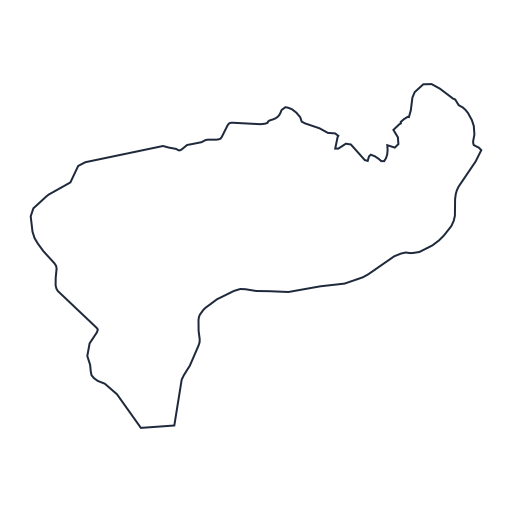 the border of Boaco
{"feature_id": "NIC-668", "entity_name": "Boaco", "entity_type": "Department", "adm_level": 1, "iso_a3": "NIC", "parent_name": "Nicaragua", "parent_adm1": "", "projection": "mercator", "projection_center": [-85.423, 12.417], "detail": "fine", "context": "isolated", "style": "outline", "palette": "slate", "viewbox_px": 512, "rotation_deg": 0, "n_neighbors": 0, "source": "natural_earth", "source_scale": "10m", "svg_char_len": 2108}
<svg xmlns="http://www.w3.org/2000/svg" viewBox="0 0 512 512"><path d="M285.4,107.2L288.0,107.7L291.9,109.2L296.4,112.7L300.2,117.2L301.7,121.6L304.8,123.3L319.5,128.3L327.9,132.9L335.1,133.4L338.3,135.8L337.6,137.1L335.2,148.6L338.3,148.6L345.9,143.7L350.9,144.5L364.8,160.1L367.7,160.9L369.0,156.4L370.8,154.7L374.9,156.3L379.0,159.1L381.2,161.1L384.2,161.1L386.0,158.2L387.2,154.5L387.6,150.1L387.3,145.2L394.8,147.6L398.4,144.1L397.9,137.3L393.4,129.9L399.4,124.2L400.9,123.4L400.7,122.0L403.9,119.2L407.6,116.9L408.9,117.1L410.8,110.4L412.4,97.6L414.7,92.1L423.3,84.3L431.6,84.1L439.8,88.6L453.0,98.6L455.2,99.5L458.7,105.2L462.7,107.4L465.3,109.7L468.0,113.0L471.9,120.2L473.8,126.0L474.4,134.4L473.1,141.5L473.3,143.6L473.8,145.1L478.9,147.7L481.3,150.1L475.6,161.5L458.6,186.6L456.9,190.2L455.8,193.9L455.1,199.0L454.9,215.8L453.7,220.9L451.3,226.1L443.9,235.5L439.0,240.4L432.4,245.4L419.3,252.0L412.9,253.0L410.2,253.1L405.7,252.5L400.9,253.6L394.2,256.3L368.1,274.4L362.8,277.3L344.5,283.6L320.4,286.3L288.4,292.0L269.3,291.2L256.3,291.0L245.2,289.2L240.3,289.0L234.0,290.9L217.1,299.2L205.6,307.7L203.5,309.7L199.9,314.6L199.0,316.9L198.5,319.8L198.6,330.9L199.7,339.2L199.6,342.2L198.6,345.4L189.7,366.0L189.1,366.8L188.6,367.7L188.0,368.5L183.8,375.3L181.7,379.6L174.3,425.5L140.9,427.9L117.0,394.3L104.8,383.7L97.7,380.9L93.9,378.1L91.5,375.2L90.8,371.7L90.1,364.8L87.3,356.0L89.6,343.4L97.0,332.2L97.8,329.5L96.8,328.0L57.8,291.0L56.4,288.6L55.6,285.3L55.7,277.7L56.6,268.7L56.1,265.9L54.5,263.4L43.3,251.1L37.7,243.4L34.6,238.2L32.5,231.7L30.7,216.3L33.4,208.3L46.6,196.2L49.0,194.4L70.4,182.4L78.2,165.9L85.4,162.2L163.0,146.0L168.9,147.6L176.0,148.9L178.6,150.3L179.8,150.4L181.6,149.5L187.1,145.0L192.4,144.0L201.5,142.2L205.5,140.1L207.6,139.7L216.2,139.7L218.8,139.3L220.6,138.6L221.9,136.7L227.7,125.1L228.4,124.2L229.2,123.4L230.4,122.9L231.9,122.7L260.4,124.2L265.0,123.7L267.5,122.9L267.9,121.8L268.7,121.0L269.8,120.4L273.3,119.3L275.4,118.4L277.3,117.1L278.2,116.4L279.6,114.5L280.6,112.5L281.3,110.6L282.0,109.7L285.4,107.2Z" fill="none" stroke="#1e293b" stroke-width="2"/></svg>